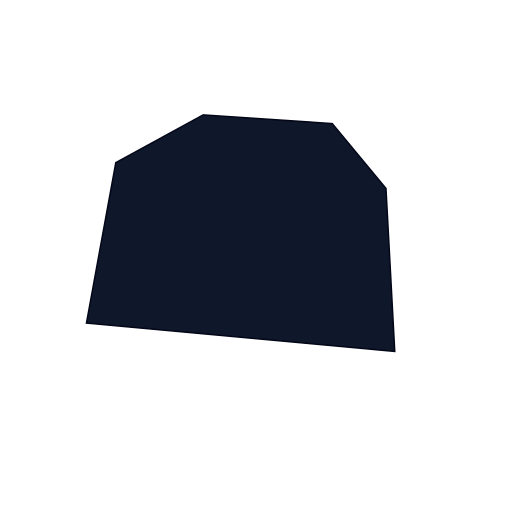 the border of Xgħajra, rotated 125°
{"feature_id": "MLT-5952", "entity_name": "Xgħajra", "entity_type": "state/province", "adm_level": 1, "iso_a3": "MLT", "parent_name": "Malta", "parent_adm1": "", "projection": "equal_earth", "projection_center": [14.546, 35.883], "detail": "fine", "context": "isolated", "style": "filled", "palette": "ink", "viewbox_px": 512, "rotation_deg": 125, "n_neighbors": 0, "source": "natural_earth", "source_scale": "10m", "svg_char_len": 253}
<svg xmlns="http://www.w3.org/2000/svg" viewBox="0 0 512 512"><g transform="rotate(125 256 256)"><path d="M254.6,87.6L408.2,356.4L259.9,424.4L170.7,380.2L103.8,269.5L126.1,188.3L254.6,87.6Z" fill="#0f172a" stroke="#020617" stroke-width="1.5"/></g></svg>